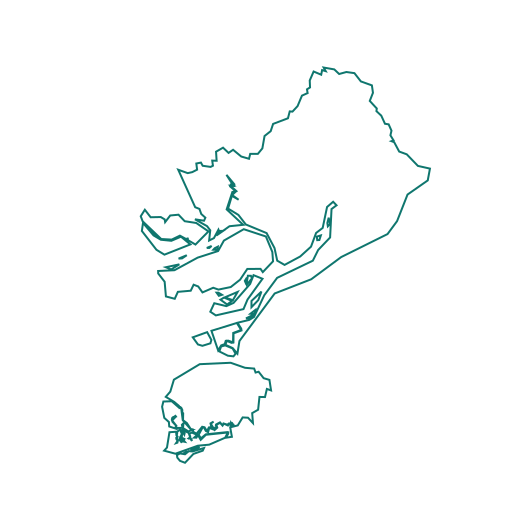 Tana Tidung, Kalimantan Timur, Indonesia (Equal Earth projection), rotated 135°
{"feature_id": "22746128B22343651246279", "entity_name": "Tana Tidung", "entity_type": "district", "adm_level": 2, "iso_a3": "IDN", "parent_name": "Indonesia", "parent_adm1": "Kalimantan Timur", "projection": "equal_earth", "projection_center": [117.34, 3.554], "detail": "fine", "context": "isolated", "style": "outline", "palette": "teal", "viewbox_px": 512, "rotation_deg": 135, "n_neighbors": 0, "source": "geoboundaries", "source_scale": "gbopen_adm2", "svg_char_len": 6165}
<svg xmlns="http://www.w3.org/2000/svg" viewBox="0 0 512 512"><g transform="rotate(135 256 256)"><path d="M267.8,317.7L273.2,325.1L269.5,311.7L270.2,306.5L278.2,300.1L273.1,298.4L263.9,301.2L264.7,299.4L263.7,299.1L261.5,297.1L253.7,295.8L243.0,287.1L243.8,309.7L227.4,318.0L224.6,316.1L225.1,323.5L223.4,324.4L221.7,321.9L221.7,324.3L219.5,334.3L220.6,322.0L221.9,320.9L224.4,323.7L224.0,315.8L229.8,316.0L228.5,308.1L230.5,315.6L242.2,309.3L239.4,297.5L240.9,285.5L232.3,264.7L237.3,248.5L244.3,237.7L242.1,229.5L225.1,224.4L210.5,223.7L197.2,229.8L189.0,228.7L171.1,240.4L163.1,239.8L163.2,234.9L169.4,235.8L190.5,216.7L207.8,216.3L219.1,212.5L256.5,225.6L277.9,222.4L300.5,214.3L306.0,215.6L316.3,221.9L317.8,215.1L318.9,213.6L326.6,217.2L333.1,210.8L334.7,211.9L336.7,216.7L340.4,214.8L337.6,207.4L338.2,200.1L327.8,207.6L269.3,216.3L233.4,200.5L196.5,195.0L147.5,178.5L131.6,180.9L105.4,192.3L81.1,188.0L71.2,194.8L77.8,205.2L77.5,221.3L80.9,228.6L77.8,238.8L79.0,241.4L77.0,240.5L75.6,246.3L71.6,248.8L69.1,255.3L71.3,258.3L68.2,266.6L68.4,273.3L66.3,274.9L65.9,285.2L57.9,288.7L53.4,294.7L58.4,305.3L57.1,315.7L62.0,322.2L68.5,325.9L68.7,332.6L74.9,341.4L76.0,337.4L77.8,340.7L81.7,338.1L84.8,345.7L93.9,342.1L98.6,337.0L102.1,337.8L104.3,334.7L110.1,336.9L120.6,332.6L128.1,332.3L129.9,334.4L136.0,330.8L150.5,337.3L157.3,333.9L165.1,334.8L175.4,327.6L182.5,326.9L187.9,332.3L192.2,329.7L196.1,336.8L197.1,347.3L202.5,348.3L202.7,355.9L210.5,358.0L216.5,351.2L219.5,354.4L222.6,350.3L225.1,351.1L229.9,357.5L228.9,361.0L232.8,363.6L236.6,358.7L241.8,360.4L245.7,362.9L250.0,372.0L264.5,333.5L262.7,329.3L265.0,324.4L264.7,318.9L267.8,317.7ZM376.0,147.3L376.3,140.0L369.8,147.6L363.2,145.8L353.2,153.9L349.4,149.9L342.3,154.3L340.4,150.3L334.1,158.9L337.0,164.2L336.0,172.3L338.7,173.9L336.9,177.7L342.8,184.7L349.4,198.4L372.3,219.3L401.5,226.6L412.5,220.7L419.4,220.2L417.0,210.6L416.5,204.4L417.4,202.8L416.3,202.6L416.2,201.4L417.0,199.2L418.7,197.6L418.7,196.3L423.7,191.5L423.0,186.8L424.5,179.8L423.3,178.1L424.7,176.1L423.7,172.4L414.8,173.3L413.5,171.3L414.5,166.8L410.5,168.1L408.8,166.7L408.2,163.9L407.8,167.8L406.5,169.8L403.1,168.9L406.6,169.4L408.1,162.8L406.2,163.6L404.7,162.6L404.1,164.7L403.4,165.1L399.1,163.8L399.4,159.9L397.4,160.6L395.8,157.5L395.6,156.3L394.2,156.9L393.5,156.7L393.6,154.2L392.7,155.7L391.6,155.8L391.0,155.0L391.2,153.8L392.1,152.8L390.5,152.0L392.3,152.5L391.7,155.6L393.7,153.8L393.6,156.4L395.7,156.0L397.3,160.2L399.6,159.7L399.4,163.4L403.4,164.7L404.8,162.0L408.2,162.2L410.6,167.5L414.3,165.4L415.2,167.8L414.1,171.4L415.0,172.5L423.0,170.1L423.8,166.0L417.6,165.4L400.5,151.5L400.5,150.6L401.6,149.9L405.8,148.8L400.9,145.2L395.4,153.1L388.7,149.1L379.6,151.3L376.0,147.3ZM262.6,239.8L247.7,240.2L241.6,247.3L235.2,262.8L245.7,283.6L267.8,289.6L279.3,286.3L298.4,296.1L323.7,303.6L335.8,314.6L337.5,312.8L338.8,302.4L348.3,291.1L343.7,283.2L336.6,285.9L326.7,277.6L320.4,279.8L318.4,275.3L319.6,268.1L308.7,263.8L306.3,258.8L295.8,251.9L284.0,250.5L271.3,253.0L261.9,243.7L262.6,239.8ZM301.9,367.3L309.4,365.6L311.6,360.7L311.0,335.0L304.0,327.2L295.4,324.2L292.9,315.6L292.5,316.7L291.4,317.2L292.9,315.3L290.7,306.9L272.2,307.0L274.9,321.6L281.8,331.0L281.6,340.0L288.0,345.3L296.3,344.2L294.7,346.5L295.8,350.9L303.1,357.9L301.9,367.3ZM406.3,149.3L400.7,151.1L417.8,165.0L425.1,165.1L423.6,170.5L426.6,169.7L428.1,171.3L424.1,171.1L426.2,176.5L428.9,177.5L430.0,175.1L431.3,173.4L431.3,171.9L432.1,170.5L431.5,173.8L431.0,173.8L432.6,174.4L432.7,174.7L430.8,174.3L428.7,178.5L431.2,185.7L431.3,182.5L431.8,181.1L433.0,180.4L431.5,186.4L433.1,183.3L437.0,180.0L435.6,176.3L437.2,179.6L437.7,174.9L438.7,176.4L438.0,181.1L440.5,176.4L440.0,180.5L434.2,182.7L432.3,187.3L437.0,187.2L437.3,186.2L438.9,185.3L439.2,183.7L441.5,182.5L441.9,180.6L443.6,179.6L444.8,180.2L442.2,180.7L441.8,182.7L441.0,183.8L439.4,183.8L439.1,185.4L437.4,187.5L436.3,187.8L441.8,192.6L454.4,183.5L458.6,183.3L452.8,173.2L431.3,163.0L422.5,155.7L406.3,149.3ZM326.4,242.4L302.4,227.3L292.8,231.2L267.5,235.3L271.3,244.2L279.9,240.4L305.0,238.7L312.4,241.5L318.9,252.1L327.7,248.9L326.4,242.4ZM319.8,321.7L294.2,310.6L295.4,322.7L305.1,326.6L311.8,334.8L313.9,343.0L312.5,359.3L319.0,354.4L322.0,330.8L319.8,321.7ZM429.3,186.0L427.8,179.7L423.7,178.0L424.7,179.5L423.9,191.7L416.5,201.3L417.6,202.6L418.3,212.9L424.4,218.6L429.0,215.8L435.3,206.4L435.0,200.2L437.9,196.8L434.8,190.7L434.7,191.6L432.5,192.3L432.3,197.8L431.0,200.0L429.5,200.8L428.2,200.6L426.3,199.3L426.0,200.9L426.1,199.1L431.6,199.0L432.4,192.1L434.5,191.2L429.4,186.4L427.8,189.0L425.9,189.1L425.6,188.9L429.3,186.0ZM335.5,215.8L333.3,211.2L326.5,217.7L318.8,214.2L316.9,222.2L340.4,234.6L349.5,216.1L343.8,217.4L340.4,215.8L337.4,217.4L335.5,215.8ZM358.2,243.2L359.6,234.5L357.4,230.4L350.0,226.5L346.9,228.2L344.4,236.7L358.2,243.2ZM440.2,160.3L431.3,156.0L428.6,157.0L439.1,162.7L441.5,165.5L446.4,166.0L449.4,170.2L452.7,171.1L454.2,169.1L454.6,164.9L452.4,160.0L440.2,160.3ZM339.6,201.3L337.9,207.1L341.0,214.6L344.7,216.7L349.4,214.4L346.4,205.4L342.9,201.0L339.6,201.3ZM295.4,223.0L285.6,223.2L277.3,227.0L291.0,227.4L295.4,223.0ZM303.6,241.1L294.4,243.6L307.3,248.8L303.6,241.1ZM304.7,241.2L308.0,249.2L312.0,250.2L310.7,242.1L304.7,241.2ZM325.5,306.5L316.1,304.3L327.7,311.8L325.5,306.5ZM275.7,247.8L282.4,243.0L282.8,242.3L274.7,243.0L273.6,245.6L275.7,247.8ZM184.2,226.2L181.1,226.3L177.5,231.7L182.2,228.9L184.2,226.2ZM199.3,226.7L201.5,223.9L199.9,222.5L195.6,224.7L199.3,226.7ZM298.3,216.2L296.0,217.1L294.5,218.3L300.8,219.1L298.3,216.2ZM310.0,306.6L304.4,305.5L312.6,308.9L310.0,306.6ZM307.2,219.0L303.1,215.8L299.9,216.4L307.2,219.0ZM439.7,164.8L436.5,161.9L431.0,160.9L433.5,162.7L439.7,164.8ZM312.2,348.7L313.3,343.7L312.1,338.2L311.5,341.0L312.2,348.7ZM309.8,257.9L310.4,254.1L307.5,252.6L308.5,256.6L309.8,257.9ZM263.8,298.8L269.6,298.5L262.0,297.1L263.8,298.8ZM281.7,290.6L279.0,287.7L276.4,289.6L279.7,290.7L281.7,290.6ZM277.7,247.2L281.5,246.3L282.1,244.8L277.7,247.2ZM447.0,167.8L445.5,165.9L442.5,165.7L443.8,166.8L447.0,167.8ZM285.1,296.5L283.3,294.7L280.3,294.5L285.1,296.5Z" fill="none" stroke="#0f766e" stroke-width="2"/></g></svg>